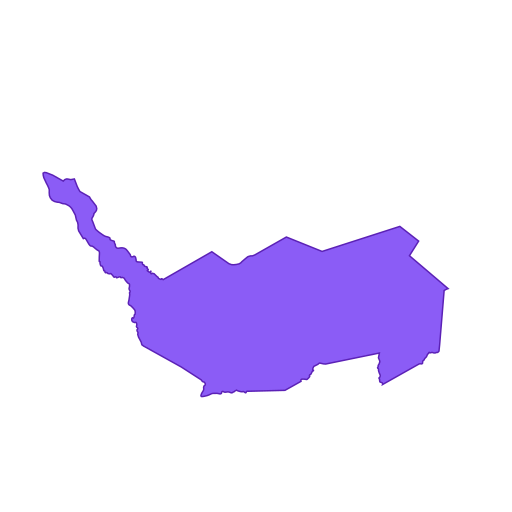 Sensenti, Ocotepeque, Honduras (Albers equal-area conic projection), rotated 332°
{"feature_id": "27666195B50269536793474", "entity_name": "Sensenti", "entity_type": "district", "adm_level": 2, "iso_a3": "HND", "parent_name": "Honduras", "parent_adm1": "Ocotepeque", "projection": "albers", "projection_center": [-88.964, 14.531], "detail": "fine", "context": "isolated", "style": "filled", "palette": "violet", "viewbox_px": 512, "rotation_deg": 332, "n_neighbors": 0, "source": "geoboundaries", "source_scale": "gbopen_adm2", "svg_char_len": 6133}
<svg xmlns="http://www.w3.org/2000/svg" viewBox="0 0 512 512"><g transform="rotate(332 256 256)"><path d="M291.7,253.5L255.3,254.5L252.9,254.2L251.4,253.4L249.8,253.0L248.3,252.8L244.8,253.5L240.8,254.4L239.4,254.9L237.4,255.0L234.8,254.3L232.3,253.3L230.4,252.2L228.5,250.1L219.0,231.5L162.9,233.3L162.5,232.3L162.1,231.8L161.8,231.7L161.3,232.1L161.0,232.0L159.9,230.7L159.4,229.9L159.4,229.6L159.5,229.1L159.5,228.7L158.9,227.6L157.7,223.8L157.2,223.4L156.6,222.7L155.5,222.6L155.2,222.5L155.0,222.3L155.0,221.8L155.3,221.1L155.6,220.5L156.0,220.2L155.8,220.0L155.0,220.4L154.3,220.4L153.1,218.0L153.1,217.9L153.3,217.8L153.6,217.9L153.9,217.9L154.5,217.4L154.1,215.5L154.2,215.2L154.6,215.0L154.7,214.8L154.4,214.2L152.8,212.7L152.7,212.4L152.9,211.8L152.8,211.3L152.6,210.9L152.1,210.6L152.0,210.3L152.0,210.1L152.1,209.4L152.4,208.8L152.6,208.4L152.6,208.2L152.0,207.7L148.5,205.5L148.2,205.1L147.9,204.7L147.9,204.1L148.4,202.9L148.9,201.2L149.0,200.5L148.9,199.8L148.6,199.3L148.2,198.9L147.9,198.8L147.2,198.9L146.7,198.8L145.7,198.3L145.4,197.9L145.3,197.3L145.5,196.3L145.6,195.7L144.9,191.2L144.5,189.4L144.2,188.6L143.4,187.4L142.2,186.3L141.2,185.7L140.1,185.2L137.8,184.4L137.2,183.9L136.8,183.4L136.5,182.6L136.5,181.7L136.6,181.0L137.1,180.0L137.2,177.8L137.4,177.3L137.7,176.7L137.6,176.3L137.4,176.0L136.2,174.9L135.0,173.4L134.9,172.9L135.4,171.8L135.4,171.5L135.3,171.1L134.3,169.8L132.4,168.1L131.4,166.8L130.3,164.8L128.6,161.4L127.7,159.2L127.0,157.2L127.0,156.3L127.9,149.5L128.1,147.1L128.3,146.5L128.7,145.9L129.3,145.4L130.8,144.5L131.7,143.8L132.5,143.0L132.7,142.5L135.1,141.6L136.4,140.9L137.6,139.5L138.3,136.9L137.8,133.9L137.3,130.8L136.8,128.7L136.7,125.7L130.8,116.4L130.7,113.4L130.8,110.6L131.8,102.7L128.3,101.6L126.1,99.8L125.1,99.1L123.6,98.8L122.8,98.8L121.0,99.4L114.4,89.1L110.0,84.0L108.5,82.9L106.9,82.9L106.0,84.9L105.4,87.3L105.1,93.2L105.1,95.9L104.9,98.6L104.6,100.4L103.1,103.1L102.0,105.6L101.7,108.1L102.2,111.0L103.7,113.3L105.7,115.1L107.5,116.3L109.9,119.0L112.1,120.5L113.2,122.0L114.4,123.8L115.1,125.4L115.6,127.6L115.7,130.1L115.7,135.0L114.3,140.1L114.3,142.5L113.5,145.0L111.9,147.9L111.2,150.6L111.7,159.6L113.0,159.8L113.3,160.1L113.6,160.5L113.8,161.6L114.0,167.0L114.3,168.7L114.8,169.6L116.0,170.4L116.8,171.7L117.8,174.3L118.6,176.1L119.5,177.5L119.7,178.1L119.5,179.2L118.9,180.4L117.2,183.2L115.1,187.0L115.1,187.3L115.5,187.7L115.5,188.0L114.8,189.4L114.5,190.5L114.4,191.0L114.5,192.0L115.3,192.6L115.5,193.4L115.4,194.8L114.8,197.5L115.4,198.3L115.4,198.6L115.1,199.4L115.2,199.9L115.4,200.2L115.6,200.4L116.2,200.4L116.5,200.6L116.8,201.0L117.0,201.9L117.9,202.7L118.7,203.2L119.5,203.3L119.7,203.5L120.3,205.8L120.6,207.7L120.8,208.1L121.2,208.3L121.9,208.3L122.4,208.6L122.7,209.0L122.7,209.7L122.9,209.9L125.2,210.2L125.8,210.4L126.3,210.6L126.4,210.9L126.4,211.4L126.6,211.7L126.9,211.9L127.5,212.0L127.9,212.1L128.8,213.1L129.1,213.6L129.2,214.1L129.3,216.4L129.9,219.0L130.2,219.9L130.9,220.9L131.0,221.4L130.9,221.9L130.3,223.0L129.8,223.8L128.8,224.9L128.5,225.5L128.3,226.3L128.4,227.5L128.2,228.2L127.9,228.6L127.0,229.1L126.6,230.4L125.7,231.8L123.1,235.3L121.5,237.1L121.0,238.0L120.9,238.7L121.0,239.4L121.2,239.9L121.8,240.7L122.1,241.2L122.9,243.7L123.4,245.8L123.6,247.2L123.1,248.7L122.6,249.6L122.1,250.3L121.7,250.7L121.1,250.8L120.8,251.0L120.0,252.2L119.1,253.1L118.9,253.2L118.6,253.3L118.4,253.1L118.1,252.6L117.8,252.6L117.5,252.6L117.1,252.9L116.7,253.3L116.2,254.3L116.1,254.8L116.1,255.4L116.2,256.0L116.5,256.5L117.5,257.7L117.9,257.9L118.5,258.0L118.8,258.2L119.0,258.6L119.0,259.1L118.8,259.9L118.5,260.7L118.2,261.2L117.5,261.8L117.3,262.3L117.3,262.9L117.7,263.7L117.6,264.4L117.3,264.9L116.3,265.3L116.0,265.8L115.8,266.6L115.9,267.6L115.9,268.1L115.5,268.8L114.8,269.6L114.6,270.5L114.2,272.6L114.2,277.9L114.1,278.6L113.7,280.0L113.6,281.0L113.8,281.4L114.2,282.0L114.3,282.5L137.9,318.9L149.5,339.7L149.6,340.9L150.0,342.0L151.1,343.1L151.3,344.6L151.2,345.2L150.9,345.6L150.4,346.1L149.2,346.3L148.6,346.8L148.0,347.5L147.4,348.9L146.9,349.6L146.0,350.3L143.8,351.6L142.8,352.4L141.9,353.3L141.7,353.8L141.8,354.4L142.4,354.8L143.9,355.4L147.2,356.3L149.5,356.6L152.0,356.7L153.3,357.0L156.8,358.8L157.7,359.4L159.1,360.6L160.1,361.1L160.6,361.1L161.0,361.0L161.3,360.7L161.7,360.2L162.1,359.9L162.5,359.8L162.9,359.9L163.5,360.3L164.0,361.2L164.4,361.5L165.3,362.0L166.8,362.5L167.6,362.9L168.5,363.6L169.6,364.9L170.1,365.3L170.7,365.5L171.1,365.6L172.2,365.4L172.9,365.6L174.1,365.3L175.9,365.3L176.3,366.1L176.9,366.8L178.6,368.4L180.0,369.4L180.4,369.5L180.9,369.5L181.2,369.7L181.8,370.6L182.3,371.6L182.6,371.9L183.1,371.9L183.6,371.4L184.1,371.2L184.5,371.2L184.9,371.3L185.7,371.8L218.5,388.2L236.9,387.8L237.0,387.2L237.4,386.7L237.8,386.3L238.3,386.2L239.2,386.5L240.8,387.4L242.7,388.8L243.0,388.9L243.4,388.9L245.4,388.3L246.7,387.7L247.0,387.3L247.1,386.5L247.5,386.2L247.9,386.1L248.6,386.2L249.0,386.1L251.7,384.2L252.0,384.2L252.6,384.3L252.9,384.2L253.0,384.1L253.1,383.8L252.7,383.2L252.8,382.7L253.7,381.7L255.2,380.6L259.7,380.7L261.6,380.3L262.2,380.6L264.9,382.9L266.8,384.1L319.4,399.6L316.3,403.4L316.1,405.9L315.9,407.0L315.6,407.6L314.0,409.1L312.6,409.9L312.4,410.2L312.0,411.0L311.7,411.2L311.2,411.4L310.9,411.7L310.8,412.2L311.1,412.8L311.1,413.3L310.4,414.7L310.2,415.5L309.9,417.2L309.8,418.8L309.7,419.6L309.3,420.3L308.6,421.0L308.1,421.2L307.5,421.3L307.3,421.6L307.1,422.0L307.3,422.6L307.2,422.9L306.6,424.2L306.3,425.2L306.4,425.5L307.6,426.9L307.9,427.3L307.9,427.8L307.9,428.2L307.7,428.6L307.4,428.9L348.7,427.9L349.4,427.9L350.1,428.1L350.8,428.5L351.5,429.0L352.1,429.1L352.4,429.0L352.8,428.8L353.4,427.7L354.3,426.9L354.6,426.8L355.6,426.7L356.7,425.8L359.2,425.0L361.2,423.4L361.7,423.2L362.4,423.1L363.0,422.6L363.5,422.4L363.8,422.5L363.8,422.9L363.9,423.0L364.6,423.4L365.6,423.6L366.1,423.8L366.7,424.2L367.4,425.0L368.6,425.7L369.1,425.8L369.8,425.8L370.5,426.2L371.2,426.4L371.8,426.3L372.9,425.9L376.4,420.7L405.9,374.8L408.3,374.7L410.3,375.0L391.6,327.8L406.6,319.2L396.9,297.4L316.5,283.0L291.7,253.5Z" fill="#8b5cf6" stroke="#5b21b6" stroke-width="1.5"/></g></svg>